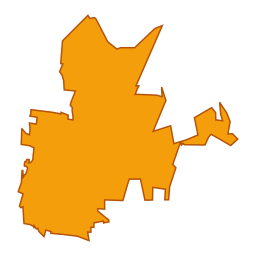 San Pedro, Coahuila, Mexico (Equal Earth projection)
{"feature_id": "50627088B25714720769629", "entity_name": "San Pedro", "entity_type": "district", "adm_level": 2, "iso_a3": "MEX", "parent_name": "Mexico", "parent_adm1": "Coahuila", "projection": "equal_earth", "projection_center": [-102.858, 26.125], "detail": "fine", "context": "isolated", "style": "filled", "palette": "amber", "viewbox_px": 256, "rotation_deg": 0, "n_neighbors": 0, "source": "geoboundaries", "source_scale": "gbopen_adm2", "svg_char_len": 4676}
<svg xmlns="http://www.w3.org/2000/svg" viewBox="0 0 256 256"><path d="M74.3,235.8L77.6,236.2L89.0,240.6L87.7,232.1L90.9,232.2L90.9,229.8L90.9,229.7L90.9,227.2L93.9,227.4L93.9,222.9L98.1,222.1L103.4,221.1L103.6,223.0L104.7,222.7L108.9,221.9L108.7,220.0L97.7,211.0L97.7,208.7L104.7,209.1L104.6,199.9L104.8,199.9L105.0,199.9L105.4,199.9L105.6,199.9L105.8,199.9L106.0,199.9L106.2,200.0L106.4,200.0L106.6,200.0L106.8,200.0L107.0,200.0L107.4,200.0L107.6,200.0L107.8,200.0L108.0,200.0L108.4,200.0L108.5,200.0L108.9,200.0L109.1,200.1L109.3,200.1L109.5,200.1L109.9,200.1L110.1,200.1L110.3,200.1L110.5,200.1L110.9,200.1L111.1,200.1L111.3,200.1L111.5,200.1L111.9,200.1L112.1,200.2L112.3,200.2L112.5,200.2L112.9,200.2L113.0,200.2L113.4,200.2L113.6,200.2L113.8,200.2L114.0,200.2L114.4,200.2L114.6,200.2L114.8,200.3L115.0,200.3L115.4,200.3L115.6,200.3L115.8,200.3L116.0,200.3L116.4,200.3L116.6,200.3L116.8,200.3L117.0,200.3L117.3,200.3L117.5,200.3L117.9,200.4L118.1,200.4L118.3,200.4L118.5,200.4L118.9,200.4L119.1,200.4L119.3,200.4L119.5,200.4L119.9,200.4L120.1,200.4L120.3,200.4L120.5,200.5L120.9,200.5L121.1,200.5L121.3,200.5L121.6,200.5L121.8,200.5L122.0,200.5L122.4,200.5L122.6,200.5L122.9,200.5L127.2,185.6L129.2,179.1L140.5,179.1L144.9,200.1L149.5,200.1L152.5,200.0L152.8,187.4L154.9,187.7L165.4,189.2L165.1,194.4L165.1,194.8L164.8,199.8L168.6,199.8L169.0,195.0L169.7,186.6L170.2,184.9L171.2,182.1L172.1,179.2L173.0,176.6L173.7,174.3L174.4,172.4L175.1,170.1L175.9,167.8L172.8,164.3L176.2,154.6L180.1,143.1L180.5,143.1L181.0,143.1L180.9,143.9L181.4,145.1L181.9,144.8L182.2,144.3L182.3,143.7L182.7,143.5L182.9,143.7L183.4,143.6L183.7,144.1L184.2,144.7L205.0,145.0L208.7,136.9L211.2,134.3L230.7,145.5L237.8,139.1L232.4,133.7L227.9,134.0L230.1,121.6L226.7,112.9L219.6,102.3L220.8,115.0L222.7,120.7L215.8,119.9L215.6,112.6L211.6,107.7L194.4,117.7L195.1,120.8L197.9,135.0L185.7,140.1L180.6,141.6L173.9,143.6L170.6,125.8L169.6,126.1L167.7,126.7L153.1,131.4L164.0,105.0L165.9,100.6L161.6,87.0L162.0,95.3L162.0,95.7L162.0,96.7L156.8,95.2L153.6,95.0L150.4,94.9L145.8,94.7L135.8,94.3L135.1,94.4L136.1,92.0L137.0,89.5L138.9,85.9L135.9,85.9L140.4,75.7L162.3,25.6L158.8,27.0L154.9,28.5L135.3,47.1L135.0,47.7L133.1,47.7L120.6,47.7L116.9,49.1L112.1,45.3L107.7,41.7L103.1,32.8L96.0,19.0L94.6,17.7L89.8,18.4L87.9,15.4L62.5,40.9L60.7,63.6L62.8,63.9L59.6,71.8L62.1,75.1L63.4,79.8L63.7,80.5L64.2,89.9L75.4,91.0L71.1,101.9L70.3,105.4L72.3,107.5L72.1,110.7L73.0,116.3L73.0,120.0L67.9,119.0L68.3,115.3L61.1,112.3L60.9,113.9L57.0,113.2L53.0,112.4L51.6,112.2L37.9,110.5L36.2,110.3L31.0,109.6L30.8,113.5L29.9,116.1L37.1,117.3L36.4,124.1L29.4,123.0L29.9,126.6L30.0,129.4L29.5,134.9L27.3,133.8L26.3,133.7L21.9,128.8L21.8,129.0L21.5,137.3L21.2,144.4L23.1,144.7L27.6,145.4L28.0,145.4L29.0,145.6L30.2,146.0L34.0,147.9L33.9,148.5L33.8,149.3L33.5,152.7L33.4,153.4L33.3,154.6L33.3,154.8L33.0,157.1L33.0,157.8L33.0,158.0L32.8,159.5L32.8,159.8L32.7,159.9L31.5,161.7L31.3,162.0L31.0,162.3L28.7,162.9L29.2,162.1L29.3,162.0L29.2,161.1L29.2,160.6L29.2,159.6L28.0,159.5L27.3,159.5L26.9,159.4L26.2,161.6L25.0,161.5L24.5,163.2L24.4,163.8L24.4,164.2L24.4,164.6L24.4,165.0L24.3,165.5L24.4,166.0L24.6,165.9L25.4,166.3L25.6,166.2L25.9,166.1L26.0,166.1L26.9,166.7L27.0,167.2L27.6,168.0L27.6,168.3L27.6,168.5L26.7,171.3L26.3,172.6L26.3,172.9L25.7,173.8L25.6,174.2L25.5,174.3L25.4,174.3L25.3,174.5L25.1,174.6L24.7,174.7L24.6,174.8L24.3,175.1L24.2,175.2L24.0,175.7L24.0,175.8L23.9,176.1L23.8,176.3L23.7,176.4L23.7,176.5L23.5,176.8L23.4,177.0L23.2,177.3L23.1,175.9L23.0,174.4L23.0,173.9L23.0,173.3L22.9,172.9L22.9,172.7L22.9,172.3L22.9,172.0L22.9,171.4L22.8,171.1L22.8,170.9L22.8,170.5L22.1,170.5L21.9,172.3L21.9,172.7L21.8,175.3L21.7,176.0L21.7,177.2L21.7,178.3L21.7,178.6L21.6,179.0L21.5,181.0L21.5,182.2L21.5,182.3L21.4,182.4L21.4,182.5L20.8,184.2L20.3,185.6L20.0,186.4L19.2,188.7L19.1,189.1L18.2,191.7L23.1,193.9L22.7,195.2L21.6,198.9L21.1,200.6L21.0,201.1L20.9,201.4L20.8,201.7L20.8,201.8L20.6,202.6L20.5,202.8L20.4,202.9L20.4,203.0L20.3,203.4L20.2,203.6L20.1,203.9L20.0,204.4L19.9,204.8L19.8,205.0L19.5,206.0L19.9,206.7L20.0,206.8L20.2,207.0L20.4,207.2L20.7,207.4L20.9,207.5L21.0,207.7L21.4,207.7L22.3,206.8L22.5,206.7L23.0,206.7L23.0,207.2L23.1,209.0L23.4,214.4L23.4,214.8L23.5,216.2L23.6,218.1L24.0,223.5L27.9,224.2L29.3,224.4L30.9,224.9L31.5,225.3L32.0,225.7L32.9,225.8L33.8,227.3L34.1,225.6L36.4,229.0L38.0,228.4L38.0,229.4L39.0,231.6L39.9,232.5L41.9,234.4L44.0,236.6L45.8,230.1L49.5,231.1L50.3,231.4L51.1,231.6L51.0,231.9L50.8,233.3L58.9,234.1L61.7,234.3L62.5,234.4L63.5,234.5L64.6,234.7L65.9,234.8L67.1,234.9L67.3,235.0L69.8,235.2L71.9,235.5L74.2,235.8L74.3,235.8Z" fill="#f59e0b" stroke="#b45309" stroke-width="1.5"/></svg>